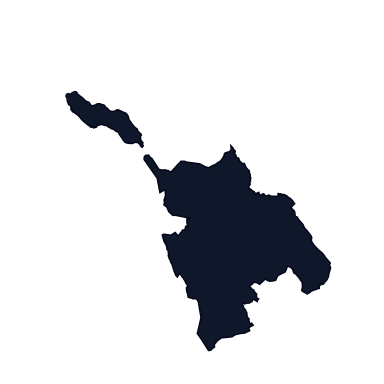 the district of Tenancingo, México, Mexico, rotated 145°
{"feature_id": "50627088B61116384552584", "entity_name": "Tenancingo", "entity_type": "district", "adm_level": 2, "iso_a3": "MEX", "parent_name": "Mexico", "parent_adm1": "México", "projection": "equal_earth", "projection_center": [-99.568, 18.93], "detail": "fine", "context": "isolated", "style": "filled", "palette": "ink", "viewbox_px": 384, "rotation_deg": 145, "n_neighbors": 0, "source": "geoboundaries", "source_scale": "gbopen_adm2", "svg_char_len": 6017}
<svg xmlns="http://www.w3.org/2000/svg" viewBox="0 0 384 384"><g transform="rotate(145 192 192)"><path d="M201.5,64.9L200.8,65.5L198.8,66.2L199.5,67.6L199.4,68.7L198.8,70.0L197.5,71.5L197.9,72.2L198.0,73.8L197.7,76.6L198.6,77.8L198.9,82.1L195.5,81.9L194.2,82.4L194.2,82.6L192.5,82.2L192.1,81.6L191.2,81.1L189.5,77.6L181.5,78.7L181.2,76.7L179.7,74.5L176.5,72.6L174.0,71.7L171.9,73.2L169.7,74.1L168.6,74.2L161.7,73.1L159.9,74.0L156.5,76.4L155.8,76.0L154.3,73.3L153.9,71.2L155.0,67.1L154.0,65.4L153.5,59.2L153.7,57.3L153.5,55.6L153.7,54.7L154.5,53.1L156.3,50.4L157.4,49.4L158.3,49.0L158.6,47.4L158.2,46.5L157.9,46.4L157.1,44.4L156.7,44.2L156.2,42.4L154.5,42.4L153.3,42.0L152.6,42.3L151.5,42.3L149.2,42.1L147.6,41.4L144.6,40.7L143.1,40.0L142.8,40.5L141.8,41.7L140.8,42.2L138.3,42.1L137.9,42.0L137.8,41.3L137.6,41.2L133.5,42.4L132.8,42.3L128.9,44.3L126.6,46.7L122.3,50.1L121.8,50.8L121.3,53.6L119.7,54.1L119.5,55.2L120.2,61.3L120.1,63.7L120.3,67.3L120.8,69.0L120.9,70.0L121.4,71.1L121.7,72.3L122.5,78.1L122.5,81.7L122.2,83.5L121.7,84.3L120.0,86.0L119.6,88.2L120.0,94.9L120.5,98.2L119.8,101.4L119.8,102.5L120.4,107.6L120.2,111.2L121.1,112.5L121.2,113.4L120.1,115.2L119.3,116.8L119.1,117.9L120.0,122.2L116.9,123.2L114.7,123.4L114.6,127.0L115.1,130.2L116.1,132.2L116.5,134.3L118.1,137.3L119.1,137.4L120.3,139.6L120.9,139.8L121.8,140.8L122.1,140.8L122.4,141.9L122.6,140.4L123.2,139.7L123.9,139.4L123.9,139.7L124.4,139.3L129.6,143.2L130.2,144.1L130.6,145.2L131.2,145.7L133.0,145.4L134.3,148.0L134.2,148.9L134.9,149.9L136.2,149.9L137.7,149.5L138.0,150.9L137.8,152.6L137.5,153.4L139.8,153.9L140.0,153.8L140.1,153.4L140.6,153.6L141.0,155.4L140.9,156.5L142.1,159.1L142.1,160.1L142.6,160.8L142.9,162.0L143.0,162.9L142.3,163.6L141.9,164.5L140.2,164.7L139.8,165.1L139.3,166.6L138.8,167.1L137.9,167.3L137.6,168.0L136.9,168.9L136.0,169.4L135.4,171.4L134.4,172.8L134.2,173.9L133.9,174.3L133.9,175.4L132.9,176.4L133.5,179.3L133.6,182.1L133.1,183.4L132.8,185.1L133.0,185.6L134.0,186.0L134.6,186.9L135.2,190.5L134.6,192.1L134.4,193.2L135.2,193.8L135.7,194.7L134.8,197.8L135.2,199.6L135.1,200.1L134.7,200.3L133.9,199.9L133.6,200.0L133.2,200.6L133.2,201.6L133.5,203.1L133.2,204.9L133.6,207.6L135.5,204.4L135.8,204.4L136.2,203.7L139.1,203.8L141.8,204.9L143.5,204.8L144.0,204.0L146.6,202.5L149.2,201.5L151.5,201.0L154.0,201.3L156.9,201.1L159.7,201.8L164.4,202.3L166.6,204.9L169.5,210.6L179.7,220.0L180.0,220.8L181.0,221.9L182.5,222.7L183.2,223.5L188.9,222.4L198.0,220.3L199.0,222.9L201.6,225.7L204.3,227.4L206.0,229.5L206.1,230.0L205.6,242.3L206.4,244.6L206.4,247.2L207.0,247.2L209.0,248.7L211.1,248.0L212.6,246.1L212.6,223.2L218.6,209.9L213.0,209.5L212.2,209.2L212.1,208.8L212.4,208.4L213.3,208.4L213.7,207.9L214.9,205.3L216.7,203.5L219.4,201.5L220.7,199.0L222.4,197.6L221.3,194.1L222.3,189.1L221.1,183.8L218.9,182.4L208.8,171.8L210.0,171.7L210.2,172.0L210.7,171.9L211.1,172.1L211.3,172.8L211.6,172.8L213.8,169.8L214.2,168.3L214.9,167.0L215.4,167.0L215.7,167.3L216.2,167.4L217.4,167.1L218.8,165.6L219.6,165.3L220.3,165.3L221.5,166.3L223.0,165.5L224.4,165.2L228.6,163.9L229.0,168.5L234.0,168.7L239.3,173.6L241.1,173.8L243.3,167.2L243.7,162.7L245.5,158.9L245.0,157.8L246.0,156.3L246.4,155.2L248.0,153.3L249.0,150.0L249.1,147.6L249.7,146.9L249.7,144.8L252.1,137.2L253.1,132.8L252.7,130.7L249.3,132.5L249.0,131.0L248.5,130.8L248.8,128.2L248.4,126.6L248.7,125.9L248.7,123.4L249.3,120.9L249.2,119.5L249.6,116.5L250.2,116.8L250.7,116.5L251.0,116.8L251.2,116.5L251.4,116.7L251.9,116.0L253.2,113.9L254.1,110.7L255.0,109.2L255.4,107.8L252.5,104.4L252.3,103.7L250.5,103.0L249.6,101.4L249.8,98.4L256.7,83.9L268.8,73.0L268.8,65.2L269.4,52.7L267.4,51.6L264.7,52.1L262.4,52.1L261.7,53.9L260.7,54.3L257.0,55.5L251.7,55.7L242.3,50.5L237.9,50.2L232.9,48.0L229.9,46.3L224.3,45.3L223.4,48.4L218.3,47.8L218.2,49.6L218.4,50.3L219.9,50.4L219.7,52.5L219.3,53.8L218.1,55.2L218.4,57.1L217.7,60.0L217.3,60.0L216.3,61.9L216.5,62.1L215.9,64.5L216.0,67.0L216.3,67.4L215.3,69.3L215.1,70.7L214.7,71.6L214.4,71.5L213.7,71.8L213.2,71.2L213.0,70.0L211.1,69.7L208.5,68.0L207.7,68.4L207.4,68.2L206.9,68.3L205.9,67.7L205.2,68.1L204.6,69.0L203.8,69.2L203.5,69.0L203.4,69.2L202.6,68.0L202.9,67.8L201.9,66.4L201.5,64.9ZM206.9,257.2L205.3,257.9L205.3,259.1L205.1,259.7L203.9,260.5L204.1,261.9L204.0,263.3L204.2,264.7L202.9,265.9L202.4,267.1L201.4,267.6L200.9,267.6L200.5,268.6L201.2,271.5L201.3,272.9L201.1,274.0L200.7,274.7L201.7,277.8L201.9,279.1L202.1,282.1L202.0,285.9L202.2,286.3L201.9,287.9L200.8,290.6L200.8,294.2L201.6,295.3L205.3,301.6L206.3,302.3L207.3,302.5L209.2,302.4L212.4,304.8L212.9,306.0L213.3,308.2L213.3,309.1L214.0,310.4L214.1,313.4L216.9,317.1L218.2,318.1L219.3,318.6L220.3,318.8L220.9,318.6L223.0,319.4L223.7,319.4L224.3,319.8L224.9,320.8L225.1,321.8L224.9,323.8L225.1,324.9L226.7,327.1L227.2,328.9L227.2,329.8L227.7,331.5L227.7,332.1L229.0,335.9L229.5,338.0L229.2,339.7L229.7,340.8L230.3,341.3L232.8,342.1L235.6,341.8L236.2,342.4L236.6,343.5L237.6,343.5L238.4,344.0L239.5,343.5L240.2,342.8L240.5,342.1L240.7,340.0L241.8,338.4L242.3,337.1L242.5,335.3L242.9,334.6L242.9,334.2L242.5,334.0L242.2,332.8L242.2,331.9L242.6,330.8L242.3,330.3L242.6,329.8L243.8,329.4L243.9,328.8L243.5,328.0L243.0,327.7L243.0,327.3L243.2,327.0L243.8,326.9L243.8,326.4L243.6,325.8L242.9,325.0L242.7,323.7L242.0,322.2L241.5,320.5L241.0,317.7L240.8,314.2L240.4,314.0L240.2,313.5L240.5,312.4L240.0,311.3L239.8,310.0L239.2,309.6L239.3,308.1L238.4,306.0L237.9,303.7L237.4,302.8L236.8,302.8L235.9,301.8L235.8,300.8L234.5,300.8L233.8,300.0L232.4,300.2L231.4,300.8L226.9,299.0L226.3,298.0L225.9,298.0L225.7,297.0L224.4,295.8L223.6,294.9L223.3,293.8L223.0,293.6L223.1,293.0L221.9,290.9L221.7,289.8L221.0,289.5L220.4,288.1L219.9,287.7L219.8,286.6L219.6,285.6L219.0,285.3L218.9,284.6L218.7,284.6L218.1,283.2L218.5,281.1L218.4,276.0L218.6,275.0L218.6,273.3L218.3,272.4L218.4,271.9L218.3,271.2L217.1,269.2L216.5,269.1L216.2,268.5L215.5,267.7L214.8,267.6L213.6,266.2L210.9,265.4L210.3,265.6L208.0,263.5L207.5,261.4L207.6,257.8L206.9,257.2Z" fill="#0f172a" stroke="#020617" stroke-width="1.5"/></g></svg>